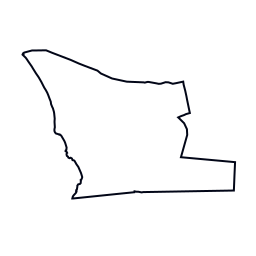 outline of Faasaleleaga III, Fa'asaleleaga, Samoa, rotated 183°
{"feature_id": "51752279B1430525557017", "entity_name": "Faasaleleaga III", "entity_type": "district", "adm_level": 2, "iso_a3": "WSM", "parent_name": "Samoa", "parent_adm1": "Fa'asaleleaga", "projection": "albers", "projection_center": [-172.2, -13.646], "detail": "fine", "context": "isolated", "style": "outline", "palette": "ink", "viewbox_px": 256, "rotation_deg": 183, "n_neighbors": 0, "source": "geoboundaries", "source_scale": "gbopen_adm2", "svg_char_len": 1609}
<svg xmlns="http://www.w3.org/2000/svg" viewBox="0 0 256 256"><g transform="rotate(183 128 128)"><path d="M237.0,195.6L233.8,192.8L232.5,191.2L231.2,189.4L227.4,184.5L226.0,182.4L222.8,177.8L219.8,173.9L216.9,169.4L213.8,164.0L212.1,161.6L210.5,159.0L209.3,156.5L208.1,153.7L206.5,150.2L206.1,147.9L204.7,144.9L204.0,143.7L202.8,140.2L202.5,138.8L201.7,133.6L201.7,130.3L201.1,124.9L201.4,122.9L201.3,121.2L200.7,119.8L199.6,118.7L197.6,118.3L196.2,117.7L195.8,118.0L194.3,116.9L191.9,113.3L190.7,111.4L189.9,109.7L188.3,105.3L188.4,103.1L189.1,102.3L189.1,101.6L188.4,101.5L187.5,100.0L187.9,99.7L188.0,98.3L187.6,97.0L186.5,96.3L186.0,95.3L184.9,94.8L183.7,95.3L182.4,94.6L181.7,93.0L180.5,92.9L179.7,92.4L178.4,90.4L177.6,89.1L175.6,86.6L172.6,80.6L172.0,79.0L171.2,76.8L171.2,76.0L172.0,73.8L172.5,73.6L172.3,72.1L172.4,70.4L173.1,69.6L174.8,69.1L175.6,67.7L175.5,66.7L175.9,63.6L176.3,63.5L176.6,62.2L176.1,61.7L176.7,60.4L178.7,58.0L179.5,56.7L179.9,54.7L179.4,54.7L135.2,61.6L118.3,64.2L118.2,65.1L116.2,64.8L114.5,64.9L111.0,64.4L109.4,64.8L19.0,71.1L19.2,86.8L19.3,99.5L73.6,101.6L68.5,124.2L69.1,129.9L72.2,135.7L78.4,141.2L75.5,142.7L72.8,143.8L70.8,144.9L67.0,146.2L67.7,148.7L70.5,159.4L71.3,162.7L72.8,168.2L74.7,174.2L75.3,177.2L82.3,175.3L85.6,174.5L90.0,175.7L92.9,175.7L97.4,174.0L99.6,173.7L102.1,174.1L110.0,175.1L111.1,175.0L113.6,174.2L114.9,174.4L131.6,174.2L146.5,176.6L157.9,181.0L161.5,183.7L173.8,187.6L180.4,189.8L188.8,193.0L207.6,199.1L213.9,201.3L224.3,200.6L227.9,200.4L235.6,197.9L236.7,197.0L236.2,196.3L237.0,195.6Z" fill="none" stroke="#020617" stroke-width="2"/></g></svg>